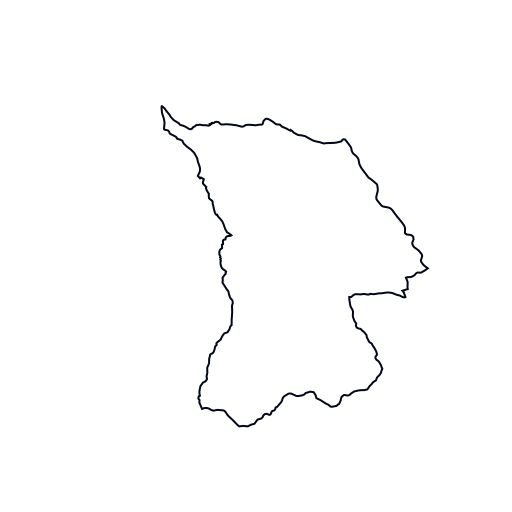 Tenza, Boyacá, Colombia (Equal Earth projection), rotated 316°
{"feature_id": "7082276B18084184900557", "entity_name": "Tenza", "entity_type": "district", "adm_level": 2, "iso_a3": "COL", "parent_name": "Colombia", "parent_adm1": "Boyacá", "projection": "equal_earth", "projection_center": [-73.43, 5.079], "detail": "fine", "context": "isolated", "style": "outline", "palette": "ink", "viewbox_px": 512, "rotation_deg": 316, "n_neighbors": 0, "source": "geoboundaries", "source_scale": "gbopen_adm2", "svg_char_len": 6156}
<svg xmlns="http://www.w3.org/2000/svg" viewBox="0 0 512 512"><g transform="rotate(316 256 256)"><path d="M401.0,234.1L400.1,232.9L399.5,232.6L398.5,232.5L397.0,232.8L392.8,230.4L390.9,229.0L384.8,223.5L383.1,222.3L382.2,220.9L381.2,218.9L378.1,214.2L377.0,211.9L374.6,204.0L372.6,200.9L370.7,198.7L370.0,197.3L368.8,193.3L368.9,191.4L368.5,189.4L367.7,189.6L366.2,184.9L364.5,180.9L364.4,177.9L363.0,176.5L362.4,175.8L361.9,174.8L361.3,170.7L360.3,166.9L359.5,165.3L359.0,164.6L358.4,164.2L357.6,164.0L355.2,164.1L352.7,165.5L352.2,165.7L351.6,165.6L349.3,163.6L346.5,161.7L342.7,157.3L340.8,155.6L339.9,154.8L339.0,154.5L337.0,154.1L335.6,153.1L332.7,148.3L330.7,145.9L329.8,144.6L326.2,140.6L322.7,137.7L322.1,136.5L322.1,134.7L321.9,133.5L320.9,132.1L320.2,131.5L319.5,131.2L318.0,131.0L317.1,129.9L316.5,129.4L316.3,129.5L316.0,130.1L315.5,130.1L314.6,129.1L314.4,129.0L314.3,129.7L314.0,129.9L312.4,129.3L311.1,127.5L308.1,124.4L306.9,122.5L305.3,121.5L304.4,120.5L303.6,120.3L302.3,120.3L300.3,119.7L299.7,119.6L298.8,120.0L297.5,119.7L296.4,118.6L295.9,117.5L295.2,114.3L293.8,111.1L292.6,109.2L292.5,108.4L292.7,106.8L291.4,102.0L291.2,100.9L291.3,96.7L291.9,94.4L292.2,90.1L292.8,86.1L292.4,82.9L292.1,82.8L290.7,84.1L287.8,87.8L284.9,93.6L282.8,96.6L278.4,100.4L277.9,101.1L278.2,102.0L279.5,103.9L279.9,104.7L279.9,106.1L279.4,107.2L279.1,108.4L281.1,114.2L281.2,115.6L280.7,116.4L280.7,116.7L282.3,119.7L283.1,121.9L282.6,123.1L282.1,125.4L282.3,129.4L283.1,134.6L283.2,138.6L283.0,139.5L282.0,143.4L281.5,144.9L279.4,148.4L277.7,152.3L276.3,154.5L274.2,156.3L269.8,158.0L269.7,161.3L270.9,161.3L271.0,161.5L271.8,164.5L268.8,166.2L268.2,167.0L268.1,168.2L268.2,171.8L267.5,172.1L267.1,172.5L266.3,174.2L265.7,176.5L265.3,178.5L263.7,180.0L262.3,181.9L262.3,182.8L262.8,185.9L262.6,186.6L261.8,187.7L260.9,188.6L260.4,189.8L258.2,193.2L256.5,196.4L256.0,198.2L256.4,199.7L256.6,199.7L256.2,201.0L256.1,201.7L256.1,204.3L255.8,207.6L254.6,210.9L252.6,215.2L251.6,218.9L252.0,219.9L252.7,224.0L252.1,223.9L250.9,223.3L250.3,222.8L250.0,222.4L248.8,221.7L247.0,221.7L245.8,222.7L245.4,222.8L244.1,221.9L242.9,221.9L240.7,224.4L240.4,224.6L239.5,224.2L239.0,224.5L237.4,226.5L237.0,226.8L234.6,226.5L233.3,227.0L231.7,228.3L230.6,229.7L230.3,231.1L230.0,231.7L229.2,232.0L229.0,233.3L228.6,233.6L227.9,233.7L227.3,235.2L226.5,235.5L225.4,236.5L224.2,238.3L223.3,240.2L223.1,240.7L223.1,242.7L223.7,245.2L223.6,246.5L222.4,247.0L222.2,247.4L221.5,247.8L219.9,247.8L216.8,248.4L215.3,250.4L213.9,251.4L213.4,251.9L211.8,259.7L211.6,262.1L209.9,265.0L208.5,267.8L208.3,268.9L208.2,271.3L207.9,272.1L206.4,273.9L204.8,274.7L203.4,275.8L202.3,277.2L199.4,280.3L194.7,284.5L190.4,288.8L189.4,288.7L188.2,289.0L185.8,290.4L184.1,290.6L183.4,291.0L182.3,291.0L179.6,289.7L178.6,289.7L175.5,290.4L172.4,291.6L169.2,291.2L167.2,291.2L166.5,291.6L165.9,292.7L164.2,292.6L163.6,292.8L161.0,294.6L158.9,295.6L157.5,295.8L156.6,295.6L156.0,295.3L154.6,295.1L150.7,297.6L148.0,300.3L146.0,301.4L143.8,302.2L142.9,302.9L139.9,306.2L136.8,308.2L135.6,310.1L135.0,310.6L132.6,311.1L129.8,310.2L129.2,310.3L128.5,310.5L125.6,311.0L121.3,314.0L119.7,315.7L118.8,317.4L118.5,317.6L117.4,317.2L116.1,317.9L115.5,318.6L115.3,320.4L113.7,321.8L113.1,322.9L111.0,328.6L112.4,329.1L113.4,329.6L115.2,331.4L116.1,332.9L116.9,335.7L117.7,337.3L118.1,337.8L121.4,339.9L125.1,344.2L125.6,345.1L125.8,346.5L125.1,350.3L125.0,352.0L125.3,357.3L125.3,363.9L125.5,366.7L126.0,367.3L127.9,368.6L129.1,369.7L131.8,372.9L135.3,373.9L138.2,375.6L143.1,374.8L144.0,375.0L146.5,376.4L147.4,376.6L149.0,376.5L150.5,375.8L152.6,375.9L153.6,376.5L154.2,377.3L155.3,379.6L156.0,380.0L157.2,379.8L159.0,378.9L159.6,378.8L160.0,378.8L161.8,379.7L162.5,379.7L163.7,379.4L164.8,378.6L166.6,379.2L172.7,378.6L174.5,378.0L176.0,377.0L177.8,376.5L179.3,376.6L183.3,377.5L184.4,378.0L185.8,379.5L187.7,384.5L188.8,385.8L191.8,388.0L192.9,388.5L194.3,389.1L196.6,389.1L200.8,391.3L202.9,394.1L202.1,397.8L200.7,400.2L202.3,404.5L203.6,410.2L204.8,413.5L205.0,416.1L205.8,417.1L208.1,418.7L210.0,419.8L211.7,419.7L212.8,420.2L215.8,419.1L218.9,417.2L219.8,416.8L220.2,416.8L222.7,417.1L223.7,418.1L224.5,419.5L225.3,420.3L227.2,421.0L228.6,420.9L232.5,421.6L236.6,424.1L238.6,425.7L240.6,427.6L243.2,429.2L245.0,429.1L247.0,428.5L249.9,428.5L252.8,428.1L255.8,428.8L258.7,427.5L263.0,427.3L265.2,426.6L266.7,425.6L268.5,424.9L270.0,421.3L270.8,418.5L271.0,416.9L270.6,414.5L270.7,413.8L271.0,412.5L271.4,411.9L271.9,411.6L272.4,411.3L273.7,411.3L274.2,411.1L275.0,410.4L276.2,408.1L277.1,405.0L277.8,401.3L278.4,399.3L277.8,396.9L277.8,396.2L279.3,391.4L280.6,389.5L280.8,387.4L280.9,385.3L280.5,383.4L280.7,381.8L280.4,380.8L279.3,379.2L278.9,378.1L278.9,377.2L279.2,376.1L279.4,375.5L280.8,374.6L281.3,373.9L281.4,372.3L281.9,370.7L283.0,368.1L283.8,366.6L287.0,363.5L287.6,362.6L288.0,361.7L288.8,358.6L289.3,357.3L292.7,352.4L294.6,350.3L295.7,351.5L296.4,351.7L298.6,351.7L300.8,352.4L301.7,353.2L304.7,356.4L307.1,358.1L309.8,361.6L310.4,362.1L311.9,362.6L314.3,365.4L318.5,368.3L320.2,369.9L324.4,372.9L326.1,374.4L328.4,377.4L330.5,382.2L331.9,384.1L332.7,386.6L333.4,388.2L334.1,388.9L334.9,389.4L335.3,388.7L337.1,384.6L337.2,382.7L342.2,385.2L343.2,383.8L346.9,380.2L347.5,379.0L348.8,375.7L350.3,376.5L352.7,378.6L354.1,379.3L356.5,379.9L359.0,379.7L360.2,379.9L361.0,380.3L362.4,382.0L363.2,382.6L367.4,383.7L371.0,384.2L370.5,381.0L370.3,379.2L370.4,377.4L370.8,374.8L371.6,373.7L375.5,371.5L376.4,369.9L376.6,368.2L376.8,364.7L375.9,359.6L376.0,358.2L376.4,356.9L376.9,355.8L377.8,354.9L380.9,353.5L382.2,351.7L382.4,351.0L382.5,350.1L382.0,348.5L379.3,345.0L379.0,343.6L379.1,342.9L382.2,339.9L383.0,338.7L383.6,337.2L384.0,335.2L384.3,332.9L384.9,325.3L385.9,317.7L385.9,316.1L385.6,314.6L384.9,313.1L381.8,308.7L381.4,307.7L381.3,306.4L381.9,299.7L382.2,298.7L383.4,297.1L388.7,293.8L390.5,292.0L392.5,289.1L392.8,288.2L392.7,287.0L392.1,281.1L391.4,277.8L392.8,266.6L393.2,264.7L393.8,262.8L394.6,261.0L396.7,257.9L397.3,256.2L397.5,253.6L397.1,250.0L397.3,248.6L397.8,247.2L399.3,244.7L399.9,243.3L400.5,239.1L401.0,234.1Z" fill="none" stroke="#020617" stroke-width="2"/></g></svg>